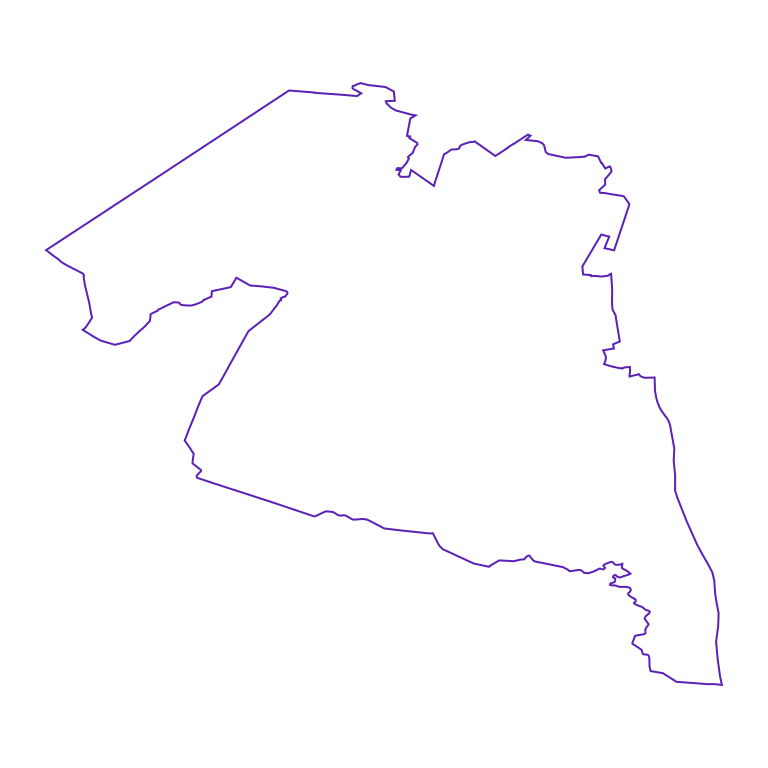 Dvietes pag., Ilukstes, Latvia (Equal Earth projection)
{"feature_id": "27541924B45614258589543", "entity_name": "Dvietes pag.", "entity_type": "district", "adm_level": 2, "iso_a3": "LVA", "parent_name": "Latvia", "parent_adm1": "Ilukstes", "projection": "equal_earth", "projection_center": [26.269, 56.095], "detail": "fine", "context": "isolated", "style": "outline", "palette": "violet", "viewbox_px": 768, "rotation_deg": 0, "n_neighbors": 0, "source": "geoboundaries", "source_scale": "gbopen_adm2", "svg_char_len": 6066}
<svg xmlns="http://www.w3.org/2000/svg" viewBox="0 0 768 768"><path d="M82.7,329.8L92.9,336.2L100.4,340.5L114.9,344.8L129.6,341.0L134.3,336.0L138.0,332.6L138.3,332.1L143.0,328.1L145.5,325.7L149.8,321.1L150.4,317.4L150.5,314.4L151.6,313.6L157.8,310.6L158.3,309.5L160.7,308.6L165.2,306.3L173.6,302.3L176.9,302.4L178.8,302.6L179.4,302.9L180.3,304.3L181.4,305.0L186.2,305.4L190.7,305.6L192.2,305.3L196.1,304.2L202.1,301.7L203.4,300.2L204.4,299.9L204.6,299.6L211.5,296.6L211.8,291.2L230.8,287.1L236.4,277.7L250.3,285.6L254.4,285.8L262.5,286.5L273.8,287.8L284.4,290.7L286.4,291.4L287.2,292.0L287.5,293.5L286.7,294.6L285.6,295.8L285.6,296.2L285.0,296.6L283.9,296.9L282.8,297.1L282.3,297.5L280.7,298.3L280.9,298.7L281.1,299.0L281.0,299.3L281.1,299.9L281.0,300.3L280.7,300.5L279.9,300.6L279.4,300.9L279.3,301.3L279.1,301.4L278.5,302.6L278.2,302.7L278.1,303.1L277.7,303.7L277.1,304.9L269.7,314.5L254.0,326.8L248.7,331.0L248.2,331.6L229.0,366.0L226.2,371.3L225.7,372.1L218.8,384.4L203.4,395.5L202.4,396.4L197.6,407.7L194.3,416.5L189.3,428.6L184.7,440.5L190.8,449.2L191.1,449.9L193.7,453.8L192.8,459.9L192.5,462.8L192.6,463.3L193.2,463.9L200.1,469.3L201.0,470.2L201.0,471.2L198.0,474.2L196.7,475.7L196.6,476.2L197.3,477.9L215.4,483.9L218.5,484.8L224.4,486.8L268.3,501.0L314.2,516.4L315.4,516.2L325.8,511.3L332.5,511.9L334.4,512.8L338.2,515.2L339.4,515.5L341.5,515.5L343.0,515.3L345.7,515.5L346.6,516.0L351.8,519.1L353.6,519.7L362.7,519.0L364.8,519.2L367.4,519.7L370.2,521.1L384.1,528.4L399.6,530.3L430.1,533.5L432.8,533.2L438.5,544.4L439.9,546.3L442.7,549.2L474.4,563.8L474.6,563.7L489.0,566.8L489.9,566.1L489.7,566.0L491.2,565.0L499.3,560.4L513.8,561.2L520.0,559.7L524.3,559.3L526.3,556.8L528.5,555.6L529.4,555.6L530.3,556.9L533.8,561.0L537.2,562.0L542.8,563.0L557.8,566.1L562.9,567.1L567.7,569.6L568.9,570.7L569.5,571.1L571.1,571.1L578.2,570.0L579.8,570.0L580.6,570.1L581.5,570.6L582.2,571.1L583.5,572.4L583.9,572.7L585.0,572.9L588.1,573.2L589.0,573.1L590.4,572.5L591.8,572.2L593.2,571.7L599.5,568.6L600.3,568.6L602.5,569.4L603.4,569.3L604.4,568.9L604.7,568.5L605.0,567.6L603.9,566.5L603.4,565.8L603.9,565.0L605.2,564.1L611.0,561.8L612.4,562.1L613.2,562.6L613.9,563.2L614.1,563.8L614.5,564.2L615.4,564.6L616.9,564.9L619.0,564.7L620.8,564.3L622.3,563.8L622.2,565.5L621.8,566.4L621.7,567.2L622.1,568.1L624.3,569.6L624.6,569.5L627.9,571.6L630.3,573.6L630.0,573.7L629.6,573.7L629.5,574.2L628.1,574.8L623.4,576.2L620.3,577.4L619.5,577.4L618.2,577.0L617.2,576.6L615.7,575.1L615.0,575.0L614.6,575.1L613.5,575.9L613.0,576.8L613.1,577.4L615.2,578.5L615.2,580.6L614.5,582.1L611.2,583.2L610.1,584.0L609.9,584.8L610.2,585.0L610.9,585.0L611.9,585.5L613.4,585.3L614.9,585.4L619.4,586.9L624.3,586.8L626.1,586.9L628.0,587.2L629.8,587.9L630.7,589.2L630.8,590.1L630.0,591.7L628.2,593.3L628.2,593.9L628.4,594.8L628.9,595.4L630.7,596.6L631.9,597.4L633.7,598.3L634.3,598.9L635.5,599.4L635.8,600.3L635.7,601.3L634.0,602.8L634.4,603.8L637.6,605.3L641.8,606.8L643.2,607.7L644.2,608.8L645.5,609.7L649.2,611.0L649.8,611.9L649.6,612.7L649.2,613.3L645.8,616.1L645.0,617.6L644.8,618.1L644.8,618.6L645.1,619.4L648.4,623.8L648.5,624.3L648.5,624.6L648.3,624.9L647.9,625.6L646.6,627.1L645.7,628.6L645.4,629.3L645.4,633.3L645.1,633.6L644.3,634.1L635.9,635.6L635.3,635.8L634.9,636.1L634.7,636.7L634.3,638.1L632.6,642.2L632.3,643.5L632.7,644.0L639.1,648.1L641.3,649.7L641.8,650.3L642.7,653.7L643.0,654.1L643.5,654.3L645.7,654.5L647.7,654.8L648.1,655.0L648.6,655.6L649.3,658.0L649.4,658.8L649.5,666.4L650.6,671.1L650.9,671.1L663.0,673.2L676.4,681.8L707.0,684.1L713.7,684.1L721.9,684.9L720.0,676.0L718.6,665.8L717.6,658.3L716.1,641.8L718.2,625.9L718.6,613.1L716.7,603.5L715.1,593.0L714.3,580.9L712.3,572.2L707.7,563.6L702.6,554.8L697.3,545.0L686.8,521.6L677.5,498.0L675.1,490.7L675.1,474.9L673.7,461.1L674.3,448.6L670.0,424.8L669.0,421.9L667.2,418.5L665.1,415.8L661.2,410.4L659.4,407.0L657.5,402.3L656.1,397.1L655.0,390.6L654.6,377.5L644.7,377.8L641.9,376.9L640.1,375.8L638.7,374.1L636.9,374.8L632.3,375.8L629.6,376.6L629.5,374.5L630.0,372.8L630.1,370.0L629.9,367.0L625.1,367.4L623.5,367.7L622.4,368.6L621.4,368.2L619.6,368.2L611.5,366.4L604.1,364.1L605.6,360.0L606.0,357.4L605.2,355.0L603.2,350.3L613.9,348.5L613.1,344.3L619.8,341.5L615.9,317.8L615.7,315.6L615.3,314.7L612.6,309.8L612.0,303.5L612.2,288.9L611.1,273.8L609.3,274.5L609.2,274.9L608.3,275.6L602.2,276.5L599.6,276.4L596.6,276.0L593.5,276.0L593.1,276.1L592.6,275.9L592.0,276.1L591.6,275.9L590.6,275.8L590.5,275.5L590.6,275.0L583.1,274.5L582.4,266.4L601.3,234.5L607.0,236.1L608.6,236.3L609.2,236.7L604.5,248.2L614.1,250.3L629.3,204.7L628.8,203.2L623.8,196.2L604.1,193.0L600.1,192.8L599.1,190.2L605.2,184.6L605.0,179.2L607.3,176.7L611.4,171.7L611.1,168.5L609.8,166.4L605.2,168.5L602.1,163.2L601.4,163.2L598.0,156.3L588.5,154.7L587.0,155.6L584.9,156.6L580.8,157.0L565.7,157.8L564.5,157.5L548.2,154.0L545.7,151.9L544.2,145.5L542.5,143.4L537.8,141.2L525.9,140.0L530.5,135.7L528.0,134.6L513.4,144.1L513.2,144.0L506.9,148.2L507.1,148.3L495.3,156.0L475.6,142.0L474.9,141.3L473.6,141.8L469.7,142.2L468.8,142.4L466.8,143.1L464.5,143.8L461.7,144.8L460.2,145.9L459.8,146.6L459.6,147.6L459.2,148.3L458.7,148.6L457.3,149.1L455.7,149.4L452.8,149.4L451.1,149.6L448.8,151.4L445.9,153.3L444.5,153.9L444.1,154.3L438.7,170.9L436.6,177.4L436.2,178.2L433.9,185.9L411.1,170.0L409.2,176.6L404.1,176.9L400.5,176.7L399.4,175.5L398.6,174.4L400.8,170.4L396.4,169.7L397.5,168.0L400.6,168.4L402.2,168.0L406.7,162.7L408.9,158.5L407.9,157.0L412.7,152.9L415.1,146.9L417.5,144.5L417.2,143.0L409.3,138.0L410.1,136.5L407.0,135.9L410.3,118.5L415.5,115.4L410.7,114.5L395.7,110.4L391.0,107.7L386.9,103.6L386.6,103.5L385.8,101.2L394.8,100.8L393.9,91.5L385.4,87.0L368.6,85.1L360.5,83.1L357.0,84.4L353.5,86.1L352.7,86.1L352.5,87.8L352.7,88.4L353.0,88.7L353.6,89.1L353.9,89.4L355.9,90.3L361.2,93.3L357.1,96.1L342.6,94.8L314.4,92.8L314.4,92.5L289.0,90.5L158.2,176.6L46.1,250.1L54.5,256.6L58.5,259.3L60.9,261.7L64.4,263.9L69.3,266.6L82.8,273.5L84.1,275.7L83.6,277.0L85.0,285.4L89.2,302.7L90.9,312.7L92.1,317.6L87.4,324.9L85.4,327.7L82.7,329.8Z" fill="none" stroke="#5b21b6" stroke-width="2"/></svg>